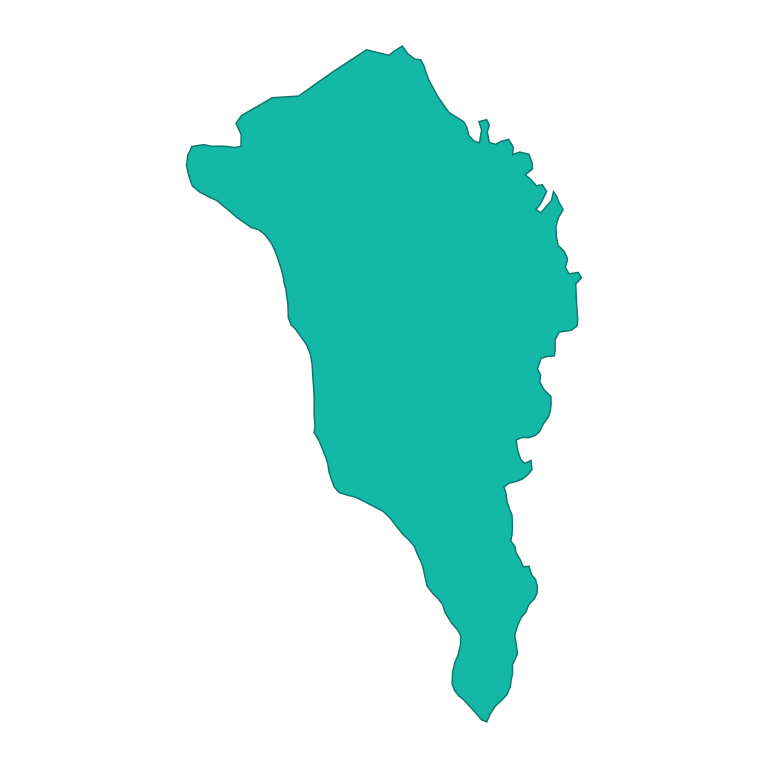 Cachoeira, Bahia, Brazil (Robinson projection)
{"feature_id": "56859067B44704214105859", "entity_name": "Cachoeira", "entity_type": "district", "adm_level": 2, "iso_a3": "BRA", "parent_name": "Brazil", "parent_adm1": "Bahia", "projection": "robinson", "projection_center": [-38.874, -12.677], "detail": "fine", "context": "isolated", "style": "filled", "palette": "teal", "viewbox_px": 768, "rotation_deg": 0, "n_neighbors": 0, "source": "geoboundaries", "source_scale": "gbopen_adm2", "svg_char_len": 2827}
<svg xmlns="http://www.w3.org/2000/svg" viewBox="0 0 768 768"><path d="M420.7,59.7L415.0,59.3L407.8,53.8L402.3,46.1L394.8,50.7L388.9,55.3L366.5,49.8L344.6,64.1L333.5,71.4L315.3,84.2L298.6,96.1L272.3,97.7L241.5,115.5L236.0,123.4L241.2,134.5L241.0,146.3L234.8,147.6L229.2,146.7L221.7,146.1L211.6,146.3L204.1,144.7L198.6,145.4L191.9,146.6L187.7,155.5L186.5,165.4L188.2,173.3L189.9,179.2L192.5,186.1L200.0,192.3L205.0,194.7L210.1,197.5L217.0,200.6L222.2,205.1L228.9,210.5L236.8,217.4L244.1,222.5L251.1,227.5L258.3,229.5L264.3,234.0L271.2,242.9L275.5,251.8L279.1,262.3L281.6,270.1L283.3,277.2L284.2,283.3L285.9,289.2L286.7,296.2L287.9,303.7L288.1,311.2L288.3,317.5L291.1,324.8L295.3,329.0L300.6,336.2L306.6,344.8L310.4,354.2L312.1,364.1L312.7,374.7L313.9,391.4L314.2,400.1L314.1,414.0L315.0,425.9L314.1,432.5L319.2,441.0L323.1,450.6L325.9,457.8L327.9,464.3L329.1,472.3L331.4,479.4L334.3,487.0L338.9,492.4L347.8,495.3L355.1,497.0L362.8,500.8L373.1,506.1L383.2,511.4L390.2,518.2L397.1,527.1L402.9,534.4L408.4,539.4L414.3,546.3L417.2,553.7L420.7,561.0L423.1,567.5L424.5,574.7L427.1,586.0L432.3,592.9L438.0,598.5L442.6,604.6L445.0,612.2L448.7,618.5L452.4,624.1L457.5,629.6L460.8,635.9L460.4,645.1L458.1,655.0L454.9,662.5L452.7,671.7L452.1,683.9L454.4,690.2L458.8,695.9L463.9,700.0L469.3,705.9L475.4,712.7L481.4,719.6L486.7,721.9L490.4,713.7L495.2,706.2L500.3,701.6L506.9,694.8L510.3,686.5L511.2,679.7L512.5,673.9L512.5,664.4L517.5,653.9L516.3,645.1L514.7,635.0L517.8,625.1L521.2,617.5L525.8,612.2L528.8,604.6L534.5,598.5L537.1,593.1L537.4,586.9L535.6,579.7L531.6,574.8L529.0,566.2L523.3,566.9L520.2,559.7L516.1,552.7L514.9,546.5L510.8,540.9L512.0,534.7L512.5,525.8L512.0,515.0L509.5,509.1L507.1,501.8L505.9,493.0L503.9,487.1L508.9,483.2L516.0,481.5L522.2,479.2L527.3,475.2L531.9,469.7L531.0,460.5L524.6,463.4L520.7,459.5L517.8,450.9L516.1,440.1L521.8,437.5L528.5,437.7L535.1,435.5L539.5,431.8L543.1,424.3L548.3,417.1L550.4,410.6L551.1,403.9L550.9,396.6L544.1,389.8L539.7,381.9L540.6,375.0L537.4,368.7L541.2,358.2L548.1,356.3L554.4,355.9L555.2,349.0L555.0,339.9L559.3,332.0L571.3,330.3L577.1,325.8L577.7,319.4L577.1,310.6L576.3,299.2L576.0,290.2L575.7,283.9L581.5,277.8L578.3,272.4L569.1,273.8L565.4,267.6L567.6,259.0L564.2,251.4L558.1,245.3L556.4,236.7L555.9,226.5L558.4,217.6L563.1,209.8L559.0,202.3L556.7,196.6L553.5,191.6L551.5,200.5L546.0,206.8L540.8,212.8L535.9,209.4L540.0,204.6L543.1,198.8L546.6,191.4L542.3,184.7L536.4,185.8L530.2,178.8L525.2,174.9L532.5,169.0L532.0,162.7L529.0,154.3L519.8,152.0L512.7,154.5L513.2,147.0L508.6,139.4L501.3,141.3L495.4,144.4L489.3,142.4L487.3,131.9L489.3,125.3L486.6,119.7L478.9,121.6L481.6,129.9L479.4,143.0L473.7,140.7L468.8,135.4L466.7,127.2L463.6,121.6L455.5,116.5L448.9,112.4L437.8,96.6L428.8,79.9L425.9,72.1L423.9,65.8L420.7,59.7Z" fill="#14b8a6" stroke="#0f766e" stroke-width="1.5"/></svg>